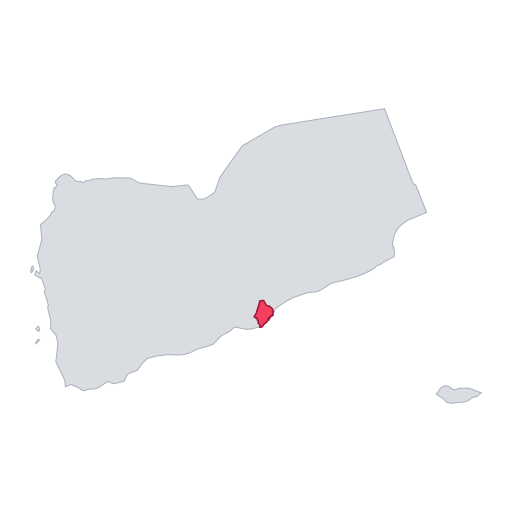 location of Brum Mayf'ah, Hadramawt, Yemen
{"feature_id": "15242507B1280575170074", "entity_name": "Brum Mayf'ah", "entity_type": "district", "adm_level": 2, "iso_a3": "YEM", "parent_name": "Yemen", "parent_adm1": "Hadramawt", "projection": "natural_earth1", "projection_center": [48.863, 14.347], "detail": "fine", "context": "in_parent", "style": "filled", "palette": "rose", "viewbox_px": 512, "rotation_deg": 0, "n_neighbors": 0, "source": "geoboundaries", "source_scale": "gbopen_adm2", "svg_char_len": 5402}
<svg xmlns="http://www.w3.org/2000/svg" viewBox="0 0 512 512"><path d="M426.6,212.4L407.7,220.2L402.7,223.7L398.2,228.0L394.8,233.4L392.5,242.9L394.4,251.5L394.2,256.2L389.3,259.3L384.8,261.5L379.7,264.8L376.6,265.7L374.1,268.4L371.2,270.2L360.6,275.1L349.1,278.9L330.7,283.4L323.6,288.3L317.2,291.7L307.4,292.7L293.9,297.3L286.5,301.1L277.2,307.2L275.1,309.1L273.5,313.5L270.6,317.4L265.0,323.7L260.8,327.0L258.0,327.2L252.5,328.9L246.1,329.3L235.2,327.1L232.5,328.6L230.2,331.1L221.8,335.4L213.3,344.1L207.1,346.4L197.0,349.2L189.9,352.8L185.2,354.2L179.1,355.0L167.9,354.6L157.2,355.9L147.3,358.4L142.6,363.0L137.3,370.3L128.6,373.4L126.6,376.0L123.9,381.4L118.2,382.8L113.2,383.7L108.0,381.3L98.2,387.9L94.5,388.9L88.8,389.2L84.8,390.6L82.0,390.2L78.4,387.6L70.9,384.5L65.3,386.6L64.9,380.4L55.8,361.5L57.8,345.1L57.8,342.8L56.1,335.4L50.6,328.7L50.8,320.2L49.1,314.1L47.7,307.9L48.1,306.2L48.2,304.7L45.5,295.1L44.6,293.2L44.3,291.1L45.2,289.6L45.2,287.8L43.7,284.9L42.2,279.2L34.8,274.8L36.3,270.7L37.8,272.2L39.7,273.4L40.1,270.7L40.2,268.7L37.2,256.2L41.9,239.6L40.5,224.6L47.6,218.5L49.3,216.7L50.4,215.1L52.1,211.7L54.3,210.6L55.2,207.0L55.1,205.2L53.7,203.6L52.6,199.4L53.0,194.1L53.4,191.9L54.2,187.8L56.6,186.3L57.2,185.1L55.3,182.5L55.5,181.0L59.7,176.7L61.4,175.4L64.1,174.1L66.2,174.1L68.6,174.8L70.8,176.0L72.9,178.2L75.1,180.7L78.5,181.7L80.8,181.4L82.7,182.5L84.3,181.9L86.2,180.6L89.1,180.7L91.7,179.3L99.2,178.6L106.4,179.0L113.9,177.8L121.3,177.9L128.9,178.0L130.6,178.2L132.2,178.9L138.6,182.7L143.4,183.5L153.1,184.6L163.5,185.7L172.4,186.6L180.1,185.7L186.4,185.0L188.1,185.1L190.0,187.5L193.8,193.4L197.3,198.9L203.6,199.2L207.7,197.1L212.1,194.2L214.8,191.9L218.0,182.9L220.0,177.1L224.7,170.5L228.6,165.0L233.8,157.7L236.6,153.7L242.3,145.8L247.7,142.7L258.0,136.7L268.2,130.8L274.8,127.0L280.5,125.3L289.9,123.8L301.0,122.0L312.1,120.2L323.9,118.3L337.1,116.2L346.2,114.8L357.7,113.0L367.3,111.5L375.8,110.1L384.5,108.7L386.2,113.1L387.9,117.5L389.6,121.9L391.2,126.4L392.9,130.8L394.6,135.2L396.3,139.6L398.0,144.0L399.6,148.4L401.3,152.8L403.0,157.2L404.7,161.6L406.4,166.1L408.0,170.5L409.7,174.9L411.4,179.3L413.1,183.6L415.7,185.0L417.4,189.1L419.7,194.9L422.0,200.7L424.3,206.6L426.6,212.4ZM453.0,389.3L455.4,389.8L458.9,388.3L469.0,388.1L481.3,393.0L479.0,394.3L477.6,396.1L472.3,397.7L466.9,401.5L451.4,403.3L446.9,402.3L443.1,398.6L436.2,393.9L438.9,390.8L439.5,389.4L440.5,388.1L444.4,385.8L448.3,386.2L453.0,389.3ZM39.3,330.5L38.8,331.4L38.1,331.2L35.8,328.9L38.3,326.2L39.7,328.7L39.3,330.5ZM32.3,271.7L31.1,272.7L30.7,271.0L31.5,267.1L32.8,266.0L33.6,268.9L33.0,270.4L32.3,271.7ZM38.0,342.2L35.5,343.6L37.2,340.1L39.0,339.4L39.4,339.5L38.0,342.2Z" fill="#d9dde1" stroke="#a8b0b8" stroke-width="1"/><path d="M254.2,316.8L254.3,316.8L254.6,316.8L254.9,317.1L255.1,317.3L255.6,317.8L255.9,317.9L256.1,318.2L256.4,318.0L256.7,318.0L256.9,318.3L256.9,318.6L257.1,318.9L257.3,319.2L257.2,319.5L257.3,319.9L257.4,320.2L257.7,320.2L257.9,320.5L258.1,320.8L258.3,321.1L258.5,321.4L258.5,321.7L258.4,322.0L258.2,322.3L258.0,322.6L258.0,323.0L258.5,323.4L258.7,323.6L259.0,323.8L259.2,324.1L259.5,324.7L259.6,325.0L259.7,325.4L259.7,325.7L259.8,326.1L259.9,326.4L259.8,326.8L259.5,327.0L259.3,327.1L259.5,327.1L260.0,327.2L260.3,327.2L260.6,327.2L260.8,327.2L261.0,327.3L261.4,327.2L261.6,327.1L261.9,326.9L262.1,326.7L262.5,326.3L262.7,326.1L262.9,325.9L263.1,325.7L263.2,325.4L263.4,325.1L263.6,324.8L263.8,324.5L264.0,324.2L264.3,324.0L264.6,323.7L264.8,323.4L265.1,323.3L265.6,323.2L265.8,322.7L266.0,322.4L266.2,322.2L266.3,322.1L266.6,322.0L266.7,321.9L266.8,321.9L266.9,321.7L267.1,321.5L267.1,321.4L267.2,321.2L267.3,321.2L267.5,320.8L267.6,320.7L267.7,320.4L267.8,320.3L267.8,320.2L268.0,320.0L268.1,319.9L268.1,319.7L268.3,319.7L268.2,319.6L268.2,319.4L268.1,319.2L268.1,318.9L268.1,318.7L268.3,318.5L268.4,318.4L268.5,318.4L268.4,318.5L268.5,318.4L268.6,318.2L268.8,318.2L269.0,318.1L269.3,318.0L269.3,317.9L269.4,318.0L269.4,317.9L269.5,317.8L269.6,317.7L269.8,317.7L269.8,317.8L269.9,317.7L270.0,317.6L270.3,317.4L270.4,317.2L270.5,317.1L270.5,316.8L270.6,316.6L270.7,316.4L270.8,316.3L270.8,316.2L270.7,316.2L270.6,316.3L270.6,316.2L270.8,316.2L271.0,315.9L271.2,315.7L271.3,315.7L271.5,315.6L271.8,315.5L272.0,315.6L272.2,315.4L272.3,315.4L272.3,315.5L272.5,315.5L272.5,315.4L272.5,315.5L272.6,315.4L272.8,315.2L273.0,315.0L273.1,314.9L273.1,314.7L273.1,314.4L273.1,314.2L272.9,313.9L272.7,313.8L272.6,313.7L272.6,313.4L272.7,313.2L272.8,313.0L272.8,312.9L272.9,312.7L272.9,312.4L273.0,312.3L273.0,312.2L273.2,311.9L273.2,311.7L273.3,311.6L273.2,311.4L272.8,310.6L272.6,310.1L272.6,309.8L272.6,309.5L272.6,309.2L272.6,308.9L271.6,308.1L270.1,306.7L269.4,306.1L268.7,306.1L268.1,306.2L267.4,305.9L267.2,305.6L266.9,305.5L266.7,305.3L266.2,305.2L265.7,304.4L265.4,303.5L264.4,301.8L263.7,300.6L263.2,300.5L262.1,300.5L261.6,300.6L261.3,300.6L260.7,300.8L260.4,300.9L260.1,301.0L259.6,301.2L259.7,301.4L259.6,301.7L259.5,302.6L259.4,303.0L259.2,303.6L259.1,303.9L259.1,304.2L259.0,304.5L258.9,304.8L258.6,305.6L258.5,305.9L258.4,306.3L258.2,306.9L257.9,307.7L257.8,308.0L257.7,308.4L257.5,309.0L257.4,309.3L257.3,309.6L257.2,309.9L257.0,310.6L256.8,311.2L256.8,311.5L256.7,311.9L256.5,312.5L256.4,312.9L256.2,313.2L255.9,313.8L255.8,314.1L255.6,314.4L254.9,315.4L254.8,315.7L254.6,316.0L254.2,316.8Z" fill="#f43f5e" stroke="#9f1239" stroke-width="1.5"/></svg>